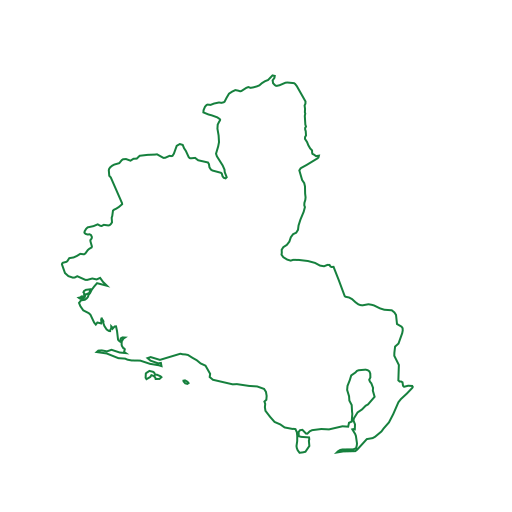 an SVG outline of Venezuela, rotated 195°
{"feature_id": "VEN", "entity_name": "Venezuela", "entity_type": "country or territory", "adm_level": 0, "iso_a3": "VEN", "parent_name": "South America", "parent_adm1": "", "projection": "robinson", "projection_center": [-65.797, 6.433], "detail": "fine", "context": "isolated", "style": "outline", "palette": "green", "viewbox_px": 512, "rotation_deg": 195, "n_neighbors": 0, "source": "natural_earth", "source_scale": "50m", "svg_char_len": 6108}
<svg xmlns="http://www.w3.org/2000/svg" viewBox="0 0 512 512"><g transform="rotate(195 256 256)"><path d="M436.1,190.1L441.3,197.7L441.3,198.6L440.8,199.5L437.6,201.3L436.9,202.2L435.8,205.6L431.8,207.4L429.0,209.7L426.3,212.6L422.6,213.1L421.5,214.3L420.0,218.2L418.9,219.8L417.0,221.7L417.0,222.8L419.6,227.1L420.1,228.4L419.3,230.4L419.4,231.8L420.8,233.5L422.4,233.9L424.0,233.2L426.0,233.2L427.3,233.7L427.8,234.2L427.9,235.5L427.1,238.3L426.0,240.1L420.7,242.8L417.1,245.6L414.3,244.9L412.9,245.0L411.1,246.7L406.5,247.3L405.4,247.9L404.5,249.2L403.8,251.2L405.3,255.6L405.2,257.5L405.9,262.8L405.1,264.0L403.3,265.5L401.1,267.9L398.7,271.4L399.1,272.4L416.6,294.3L418.5,295.5L420.4,300.8L420.4,302.2L419.8,303.9L418.3,306.0L416.6,307.6L412.1,310.3L410.5,313.8L409.5,315.0L406.7,316.0L401.9,315.6L399.5,318.2L396.4,319.2L394.3,322.7L387.0,325.6L379.9,327.8L377.9,328.6L370.8,326.8L369.1,327.4L365.4,330.4L363.8,330.5L362.6,331.1L361.8,333.6L361.1,341.9L358.6,344.4L355.5,344.3L353.4,341.5L350.9,339.3L346.6,334.1L345.4,333.4L344.2,333.5L340.2,335.0L336.7,333.5L326.6,333.9L325.2,332.5L323.9,329.6L321.9,327.8L320.2,327.3L311.4,327.3L310.4,326.8L308.9,324.3L307.4,323.2L305.5,323.1L304.7,324.5L307.9,328.9L308.8,331.3L311.6,334.8L319.6,342.2L321.1,344.5L320.9,352.1L321.2,356.4L323.3,362.7L326.2,369.0L327.0,373.0L326.4,376.0L325.9,377.6L325.9,378.3L326.5,378.9L329.3,379.9L335.1,380.4L338.6,380.4L344.0,381.1L344.4,383.3L343.9,387.0L342.8,389.1L342.0,389.7L339.0,390.2L336.0,392.4L331.5,394.7L329.0,395.0L327.0,396.1L326.3,396.9L325.4,401.1L324.1,405.8L321.6,408.6L318.9,410.9L316.1,411.1L313.9,411.0L312.8,411.6L308.9,415.9L307.1,417.2L304.8,417.0L302.2,418.2L299.0,420.1L296.9,421.7L295.1,424.4L292.5,427.2L289.9,429.1L286.8,434.7L284.5,434.8L284.3,432.9L285.4,429.9L284.2,427.3L282.1,426.0L281.0,425.6L280.0,425.7L277.5,427.0L272.4,431.0L270.6,431.7L264.0,432.8L262.7,432.3L260.5,430.6L248.2,418.1L247.7,416.0L248.0,413.9L246.7,410.8L246.0,407.5L245.3,406.4L245.1,403.9L242.4,395.8L241.2,393.9L241.7,392.4L241.2,390.8L240.3,389.5L238.9,385.4L239.4,383.6L239.0,381.8L236.2,379.3L234.1,376.5L231.5,373.9L229.2,372.5L228.4,370.0L227.8,369.2L226.5,369.0L223.8,368.0L221.2,369.2L221.2,367.3L221.9,366.2L230.7,357.0L235.1,352.8L235.6,352.2L236.3,349.9L231.1,341.3L228.3,338.9L226.7,335.9L224.7,329.0L223.3,325.5L222.9,322.9L223.0,319.9L222.5,317.5L221.4,315.9L221.4,311.0L222.5,302.7L222.8,296.5L222.2,292.2L223.2,288.9L225.8,286.7L227.2,283.2L227.5,278.5L229.1,274.7L231.9,271.6L232.8,268.7L231.9,265.7L231.7,263.9L229.3,261.9L224.9,260.6L221.3,260.5L219.1,261.9L213.5,263.3L204.5,264.6L197.2,264.6L191.7,263.3L187.6,263.7L184.7,265.9L182.7,266.4L181.5,265.2L180.2,264.9L178.3,265.6L169.8,254.1L160.0,240.3L159.1,239.8L155.4,240.0L152.0,239.2L148.0,237.1L144.7,235.8L142.5,235.6L140.4,235.9L134.9,238.5L131.7,238.8L129.3,238.8L122.7,237.5L118.2,237.3L110.8,238.7L107.7,237.3L105.5,235.3L102.2,226.8L97.1,225.4L95.7,224.2L95.0,222.0L94.8,219.3L95.7,208.3L98.2,204.5L97.3,198.3L96.6,195.4L89.8,187.7L86.3,172.7L84.7,171.9L83.3,172.3L81.8,171.9L80.4,168.7L79.1,168.0L75.4,170.1L71.5,170.9L70.7,170.1L70.9,169.1L74.6,162.3L79.0,155.3L80.6,151.6L82.5,138.9L84.5,129.7L88.1,122.4L89.4,119.0L94.2,112.2L96.2,110.3L101.6,107.8L108.1,95.2L109.6,93.2L121.2,89.8L127.1,87.1L126.3,88.5L124.5,90.4L122.4,91.5L112.0,94.4L109.6,96.2L109.6,98.9L109.9,101.0L112.9,108.0L114.1,109.7L118.1,113.5L117.2,114.0L115.7,114.1L116.8,119.0L119.3,122.4L119.4,124.6L117.4,131.2L113.9,135.2L111.3,139.8L109.4,141.6L105.0,150.7L108.3,156.2L108.8,158.9L111.6,162.8L113.4,164.1L114.6,165.7L114.1,168.3L115.2,172.0L116.6,173.9L118.5,174.6L120.7,174.6L127.3,172.2L128.8,171.1L129.8,169.2L133.1,165.3L133.3,160.2L134.0,154.2L133.3,150.2L129.8,144.6L128.4,140.5L125.0,136.8L122.9,130.4L122.1,128.4L120.7,120.8L123.0,119.0L122.8,115.0L128.4,113.9L140.6,107.4L148.1,105.8L156.7,102.3L158.7,100.6L160.4,97.7L161.7,97.4L166.2,100.1L168.4,99.1L169.3,97.1L168.1,93.0L165.5,93.0L157.8,94.5L157.1,92.7L157.1,91.2L155.3,86.3L157.6,79.7L159.8,78.5L163.0,77.2L165.5,79.2L166.9,81.1L167.7,82.9L168.3,87.9L169.6,92.9L170.9,96.3L173.1,99.0L174.8,98.8L176.0,98.4L184.0,97.8L188.9,99.6L195.1,100.5L200.8,104.3L206.8,108.9L208.3,112.3L208.8,115.5L210.2,117.6L208.8,119.8L209.5,123.6L211.2,127.3L213.8,129.7L221.1,130.3L229.1,128.7L241.3,127.3L245.3,126.0L265.6,125.3L269.4,127.1L269.8,130.3L276.4,137.0L281.7,137.9L286.3,140.0L291.0,141.2L296.1,142.8L299.0,142.6L301.2,142.1L303.8,142.0L321.9,130.8L331.6,131.1L334.3,129.3L330.8,127.6L322.7,127.0L320.2,128.1L318.8,125.2L321.5,125.3L330.5,124.4L340.8,125.0L349.1,122.9L353.4,122.6L355.8,123.0L362.5,121.7L375.0,123.2L385.0,122.0L383.8,123.8L380.6,124.9L375.3,125.3L371.3,128.0L362.7,127.5L356.7,128.5L358.6,129.2L358.6,132.0L359.5,132.6L360.3,132.6L362.4,134.6L363.0,136.0L363.6,138.8L362.7,141.9L361.5,143.3L363.9,142.8L365.3,141.4L365.1,139.9L365.3,138.2L366.7,138.8L367.6,139.5L370.8,147.5L373.0,151.8L374.1,151.5L374.7,150.6L375.7,148.7L376.5,149.9L377.6,150.6L377.1,148.8L377.7,146.5L377.5,145.7L378.5,145.5L379.6,145.8L381.3,146.4L384.3,149.1L386.2,151.8L386.4,153.3L387.1,154.2L388.4,155.1L389.0,156.5L389.1,154.3L388.4,152.7L388.2,150.8L392.0,150.7L393.0,148.3L395.1,149.8L400.7,156.4L402.7,157.5L408.8,158.8L412.6,162.0L414.8,164.9L413.5,167.9L410.0,169.4L408.5,171.3L407.7,173.2L407.7,175.0L406.7,177.2L405.9,181.0L404.4,184.7L402.5,188.6L392.3,188.7L397.1,191.4L400.9,194.5L403.9,192.1L408.3,191.9L412.9,189.2L414.7,188.8L423.4,190.2L425.5,188.3L427.3,187.7L432.0,188.0L436.1,190.1ZM331.1,109.8L332.0,113.9L331.7,114.6L329.2,117.4L325.5,117.5L324.2,117.0L322.6,115.2L321.0,115.7L317.1,115.1L316.0,114.5L317.4,112.3L321.1,111.2L321.9,112.6L323.9,113.7L326.2,113.8L326.8,111.8L329.9,108.7L331.1,109.8ZM411.5,179.3L407.6,180.9L407.3,177.8L407.8,176.9L411.5,173.9L412.1,174.5L411.9,175.1L413.3,176.3L413.0,177.7L411.5,179.3ZM293.8,116.8L292.4,117.5L289.7,116.8L288.3,115.8L289.2,114.7L291.4,114.7L293.5,116.1L293.8,116.8ZM414.1,171.8L410.8,172.8L410.8,172.0L411.7,170.6L413.4,170.2L414.1,169.7L415.2,169.3L416.4,169.8L414.9,170.6L414.1,171.8Z" fill="none" stroke="#15803d" stroke-width="2"/></g></svg>